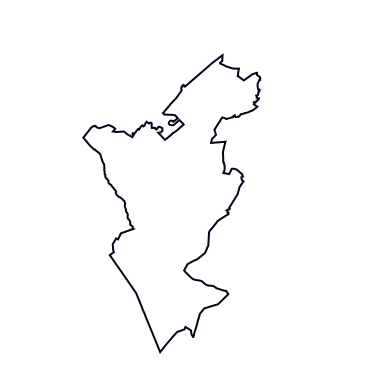 the district of Baltinavas pag., Baltinavas, Latvia, rotated 141°
{"feature_id": "27541924B38825642429303", "entity_name": "Baltinavas pag.", "entity_type": "district", "adm_level": 2, "iso_a3": "LVA", "parent_name": "Latvia", "parent_adm1": "Baltinavas", "projection": "orthographic", "projection_center": [27.586, 56.922], "detail": "fine", "context": "isolated", "style": "outline", "palette": "ink", "viewbox_px": 384, "rotation_deg": 141, "n_neighbors": 0, "source": "geoboundaries", "source_scale": "gbopen_adm2", "svg_char_len": 5736}
<svg xmlns="http://www.w3.org/2000/svg" viewBox="0 0 384 384"><g transform="rotate(141 192 192)"><path d="M134.4,210.0L146.3,218.1L143.1,220.6L137.4,221.3L135.5,225.9L135.2,226.4L134.1,226.7L123.0,230.4L121.4,230.8L120.7,229.7L120.5,229.4L120.1,229.0L119.4,227.1L112.9,224.4L111.7,225.0L111.5,224.9L111.2,224.9L110.6,224.7L110.8,224.4L110.8,223.6L111.0,223.2L111.0,222.8L108.5,221.3L108.5,221.2L106.8,221.2L106.1,221.4L104.9,221.6L104.6,221.5L103.9,221.1L103.2,220.6L101.0,220.0L99.8,219.2L98.7,218.8L96.6,218.2L95.6,218.0L94.8,217.6L93.5,217.4L93.0,217.1L92.5,217.1L88.9,217.1L88.2,217.4L87.9,217.3L87.6,217.3L88.8,221.0L87.3,221.6L87.7,222.7L87.1,222.9L86.2,221.7L85.7,221.7L84.3,222.3L84.1,221.9L81.9,222.1L81.2,222.6L81.5,222.8L81.9,224.0L82.0,223.9L82.4,224.6L81.5,225.5L81.6,225.9L81.4,226.5L80.2,225.9L79.9,225.8L79.7,225.9L79.3,226.5L78.3,226.9L78.1,227.5L76.7,228.2L76.3,227.8L76.1,227.9L75.0,228.9L75.0,229.1L76.1,230.2L74.2,233.3L72.6,235.0L69.2,236.7L68.9,236.6L68.5,236.2L67.3,237.5L67.5,237.8L67.0,238.5L67.0,239.3L67.9,241.8L67.4,242.6L66.5,243.7L67.4,244.2L67.6,244.2L71.0,245.5L81.5,246.1L82.6,250.4L83.0,251.9L83.1,252.9L83.2,253.1L83.4,253.3L80.0,256.6L77.9,258.3L78.3,258.6L82.6,262.3L84.8,265.7L85.1,266.2L86.5,268.2L86.5,268.3L87.6,270.9L88.3,272.3L89.1,273.7L89.3,274.2L88.9,274.8L86.0,274.8L82.2,279.1L94.4,279.5L131.1,278.3L131.1,280.2L131.5,280.1L132.3,279.9L132.4,280.7L135.0,279.7L136.0,277.5L145.0,274.9L148.7,274.5L152.0,274.0L152.6,274.0L154.5,273.5L157.4,273.0L157.4,272.9L158.9,272.6L160.9,272.3L164.8,271.6L164.6,271.2L164.8,269.6L160.1,265.5L158.5,264.1L156.9,262.4L156.6,258.2L162.3,258.4L162.2,259.4L163.9,261.1L165.9,260.8L166.9,259.9L167.1,258.2L164.5,255.6L156.4,255.8L156.0,249.6L161.1,249.5L162.6,249.4L167.6,249.4L169.6,249.8L173.3,249.5L180.2,249.5L180.9,259.3L179.0,258.1L176.5,258.1L174.9,260.2L176.0,262.8L176.8,263.6L180.3,263.0L180.6,264.0L180.1,264.2L180.4,265.2L182.9,267.1L181.9,268.5L181.0,269.7L180.0,270.9L180.3,271.7L181.4,272.3L182.4,272.3L183.1,275.2L186.4,274.1L187.0,273.4L188.5,273.6L188.6,275.0L190.3,275.0L193.9,273.9L194.0,274.8L194.6,274.9L200.8,273.4L201.0,274.9L201.8,274.6L201.9,272.8L203.4,272.5L203.9,272.3L204.5,273.9L204.6,274.2L206.1,277.9L206.5,280.2L206.8,281.7L207.0,282.0L212.9,286.1L215.3,288.7L213.4,289.0L211.8,289.6L212.6,292.5L214.6,296.5L223.7,299.8L224.0,299.9L225.6,302.7L225.3,304.1L226.9,305.1L229.0,305.4L230.5,305.5L230.6,305.3L230.7,305.2L237.9,303.6L240.8,302.9L242.3,302.6L242.1,292.5L241.8,289.8L241.6,288.5L241.3,286.5L240.7,286.1L240.8,285.4L240.4,284.3L240.4,284.0L240.1,282.2L239.7,281.3L239.7,281.1L239.6,279.0L240.2,277.3L240.9,275.8L241.1,275.3L241.3,274.8L241.6,273.8L241.7,273.7L241.8,273.5L241.8,273.4L242.0,273.0L242.2,272.6L242.2,272.4L242.3,272.0L242.5,271.1L242.6,270.9L242.8,269.8L242.9,269.7L242.9,269.3L243.0,269.1L242.9,268.8L242.9,268.7L243.5,267.9L243.7,267.6L244.1,267.1L244.3,266.8L244.7,266.3L244.7,266.2L244.9,266.1L245.0,265.9L245.4,265.3L245.7,265.0L246.1,264.7L247.2,262.7L247.8,261.9L248.6,260.8L248.6,260.6L248.5,260.0L248.6,259.8L248.6,259.7L249.0,259.3L249.4,259.0L250.0,258.0L250.0,256.3L249.7,255.2L250.0,254.6L250.1,254.2L249.9,253.4L250.0,253.0L251.2,251.5L251.2,251.3L251.2,251.0L250.6,249.0L250.5,248.5L250.6,245.2L250.6,244.8L250.5,244.3L250.5,244.1L250.5,243.9L250.8,243.3L250.8,243.2L250.6,242.5L250.5,242.3L250.6,240.8L250.7,240.3L250.8,240.1L250.9,239.9L251.3,239.8L251.6,239.5L251.9,239.2L252.0,238.9L252.1,238.2L252.3,236.3L252.2,236.1L252.0,235.6L252.0,234.3L251.9,234.1L251.7,233.7L251.3,233.4L251.1,233.2L251.1,232.7L250.9,231.4L250.6,230.6L250.5,230.2L250.5,228.6L250.3,227.8L250.3,227.6L251.0,225.6L251.1,225.2L251.3,225.0L252.5,224.0L253.1,223.5L254.5,219.8L254.6,219.5L255.1,219.2L255.3,219.0L255.4,218.7L255.5,217.6L255.7,216.5L255.7,215.8L255.8,215.6L256.4,214.5L257.3,213.8L258.0,212.7L258.6,211.6L258.6,211.4L258.3,210.6L258.3,210.3L258.4,209.5L258.5,208.3L258.6,208.1L258.9,207.5L259.2,207.0L259.9,206.4L260.1,206.3L260.6,205.2L260.4,204.8L259.9,202.8L259.9,202.4L259.9,202.2L260.0,202.1L260.7,201.4L260.8,201.2L260.9,200.9L260.9,200.7L260.7,200.2L273.3,204.6L279.3,201.7L280.1,203.6L286.4,201.4L289.6,196.7L290.6,194.4L295.6,194.7L298.6,154.0L299.0,148.8L302.3,137.7L304.7,130.1L305.8,126.1L306.5,124.2L308.2,118.4L317.5,87.6L309.6,89.4L297.3,91.7L291.7,92.6L284.4,90.0L282.0,91.2L281.5,89.7L279.9,85.0L280.8,83.7L282.0,81.5L282.3,79.4L282.4,78.6L282.1,78.5L277.4,82.0L273.4,84.6L269.7,87.3L268.7,88.0L267.5,88.9L264.9,90.6L262.5,92.4L255.6,93.8L242.4,88.4L228.1,89.7L227.8,92.0L227.9,93.7L227.8,93.8L228.9,94.9L229.7,95.9L233.6,101.9L233.6,102.2L234.4,105.2L237.8,108.9L238.2,109.2L238.3,109.1L238.9,110.2L239.3,111.0L239.7,112.1L240.0,113.4L240.3,115.5L240.5,116.5L240.9,117.1L241.4,117.9L245.2,122.2L245.6,122.9L245.8,123.2L246.0,123.6L246.3,124.7L246.9,128.2L247.1,129.8L247.5,134.1L247.5,134.7L247.5,136.0L241.0,138.7L233.5,137.4L231.3,136.7L229.7,136.4L222.8,136.4L220.1,136.5L219.4,136.9L219.2,136.9L216.0,138.6L214.6,139.5L214.1,139.5L213.5,139.7L211.3,142.0L204.1,150.0L202.1,150.8L199.7,151.1L197.9,151.5L196.7,151.8L192.5,152.7L190.8,153.3L190.6,153.3L187.8,153.1L183.5,152.6L180.2,152.2L177.7,151.8L176.8,152.9L177.4,153.6L177.3,153.8L176.5,154.4L176.3,154.7L176.4,155.1L176.6,155.8L176.3,155.7L175.9,155.7L175.4,155.9L174.8,155.4L173.8,155.1L173.6,155.0L173.2,155.1L173.1,155.4L172.9,156.3L157.9,161.6L152.1,165.8L145.3,167.9L145.7,169.8L144.4,172.4L142.7,171.9L141.9,174.5L142.9,180.0L143.2,181.4L145.1,184.1L146.7,184.9L151.8,182.5L155.6,187.0L152.6,188.8L152.4,189.0L149.9,192.2L150.0,192.3L148.8,195.2L148.7,195.2L148.8,195.7L148.7,195.9L147.8,197.0L147.4,197.4L143.0,203.4L138.8,206.7L134.6,209.9L134.4,210.0Z" fill="none" stroke="#020617" stroke-width="2"/></g></svg>